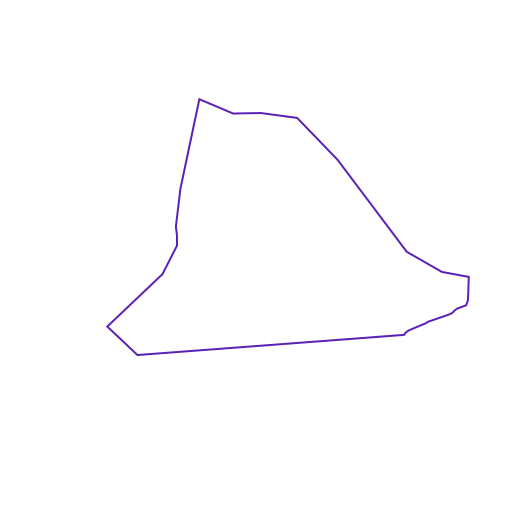 the border of Saint Peter, rotated 145°
{"feature_id": "DMA-1441", "entity_name": "Saint Peter", "entity_type": "Parish", "adm_level": 1, "iso_a3": "DMA", "parent_name": "Dominica", "parent_adm1": "", "projection": "robinson", "projection_center": [-61.46, 15.5], "detail": "fine", "context": "isolated", "style": "outline", "palette": "violet", "viewbox_px": 512, "rotation_deg": 145, "n_neighbors": 0, "source": "natural_earth", "source_scale": "10m", "svg_char_len": 506}
<svg xmlns="http://www.w3.org/2000/svg" viewBox="0 0 512 512"><g transform="rotate(145 256 256)"><path d="M212.5,416.9L193.0,385.8L170.1,370.4L143.1,345.5L134.0,288.1L130.1,172.9L112.9,136.4L93.7,116.8L107.3,98.8L109.0,97.2L112.2,95.1L121.4,97.5L124.0,97.5L127.9,96.8L131.3,97.3L152.9,103.5L154.7,103.4L172.4,107.2L175.6,107.5L178.3,107.1L179.8,106.4L409.9,242.9L418.3,283.5L343.0,294.8L314.8,309.8L308.9,318.2L304.8,326.0L279.5,354.3L212.5,416.9Z" fill="none" stroke="#5b21b6" stroke-width="2"/></g></svg>